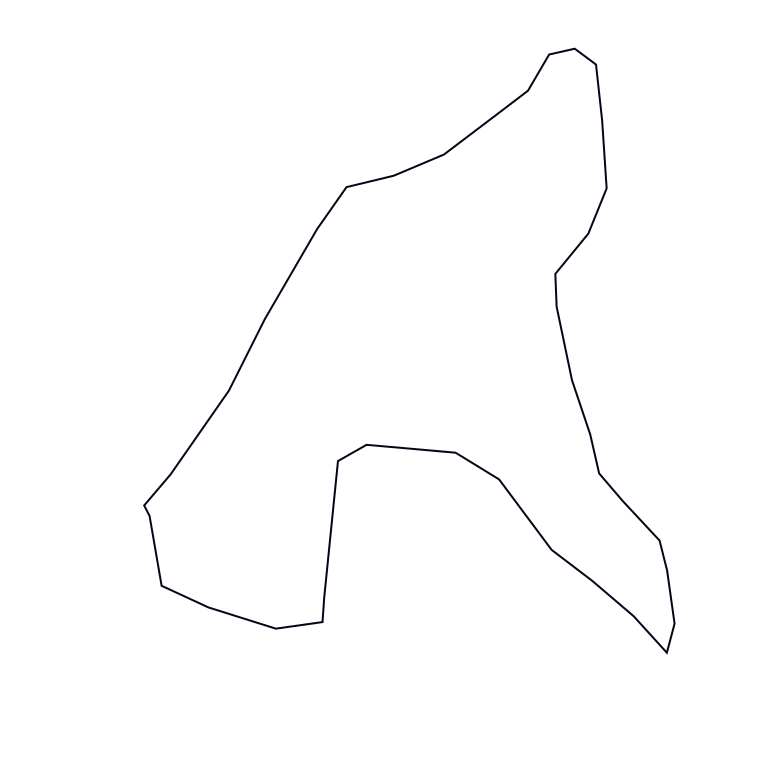 the Statistical Region of Aračinovo, rotated 172°
{"feature_id": "MKD-2919", "entity_name": "Aračinovo", "entity_type": "Statistical Region", "adm_level": 1, "iso_a3": "MKD", "parent_name": "North Macedonia", "parent_adm1": "", "projection": "mercator", "projection_center": [21.571, 42.028], "detail": "fine", "context": "isolated", "style": "outline", "palette": "ink", "viewbox_px": 768, "rotation_deg": 172, "n_neighbors": 0, "source": "natural_earth", "source_scale": "10m", "svg_char_len": 657}
<svg xmlns="http://www.w3.org/2000/svg" viewBox="0 0 768 768"><g transform="rotate(172 384 384)"><path d="M136.3,677.5L129.6,670.8L131.3,614.7L136.3,546.7L160.7,504.5L199.0,469.2L202.3,436.6L197.3,361.5L186.8,305.3L183.4,265.5L164.0,235.1L132.9,190.6L129.6,160.0L129.6,106.2L141.3,78.5L169.0,119.2L205.1,160.0L241.1,196.4L283.3,273.5L322.7,306.0L409.8,326.2L440.3,314.1L473.1,180.1L478.0,156.8L525.2,156.8L589.0,187.2L632.3,215.1L634.5,285.9L638.4,297.1L607.9,324.2L538.5,399.0L493.0,464.8L428.7,546.7L393.7,584.2L345.4,588.9L292.7,602.9L233.9,635.7L200.6,654.4L174.6,687.3L148.5,689.5L136.3,677.5Z" fill="none" stroke="#020617" stroke-width="2"/></g></svg>